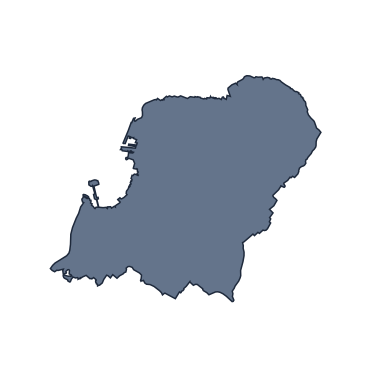 Kota Surabaya, Jawa Timur, Indonesia (Albers equal-area conic projection), rotated 302°
{"feature_id": "22746128B68603538827891", "entity_name": "Kota Surabaya", "entity_type": "district", "adm_level": 2, "iso_a3": "IDN", "parent_name": "Indonesia", "parent_adm1": "Jawa Timur", "projection": "albers", "projection_center": [112.731, -7.274], "detail": "fine", "context": "isolated", "style": "filled", "palette": "slate", "viewbox_px": 384, "rotation_deg": 302, "n_neighbors": 0, "source": "geoboundaries", "source_scale": "gbopen_adm2", "svg_char_len": 6066}
<svg xmlns="http://www.w3.org/2000/svg" viewBox="0 0 384 384"><g transform="rotate(302 192 192)"><path d="M122.5,284.8L124.7,281.7L127.4,280.6L129.2,278.7L132.6,278.8L135.0,278.4L141.2,278.8L144.7,278.3L146.8,277.7L151.2,274.8L160.0,272.1L165.5,269.9L168.6,268.0L171.4,265.2L173.7,263.9L175.9,261.7L177.3,262.5L188.6,266.0L188.1,268.1L192.7,269.3L192.6,271.1L197.3,272.4L197.6,273.7L198.8,275.0L200.8,275.5L207.4,275.1L207.7,273.4L210.9,273.0L211.4,271.4L217.2,271.8L218.4,266.9L223.7,268.7L229.9,268.5L230.6,266.2L230.7,264.4L231.5,262.7L232.1,262.4L239.9,264.3L242.7,264.2L243.4,264.5L244.3,264.2L244.8,267.6L245.2,267.9L246.4,267.8L247.6,265.5L248.4,265.2L252.5,267.0L256.5,267.3L256.5,268.4L258.6,269.0L258.7,271.3L263.4,272.2L266.0,271.7L266.5,271.2L269.2,270.5L271.5,271.3L273.2,272.7L274.4,273.2L276.7,273.3L278.0,272.1L279.9,271.5L281.0,272.2L282.5,271.9L287.8,272.7L290.6,272.4L293.1,273.0L295.6,273.1L297.1,272.6L300.5,270.6L303.1,269.8L310.9,269.7L311.9,266.8L312.2,263.8L316.2,258.8L316.9,257.5L317.7,253.7L319.0,250.0L321.1,247.2L323.1,246.5L325.8,242.6L327.1,241.8L328.5,240.4L329.1,238.0L329.9,237.4L329.9,236.5L330.2,236.1L330.7,236.1L330.9,235.4L330.6,234.3L332.1,232.3L331.9,230.3L332.8,230.0L332.6,227.5L332.1,226.9L331.8,225.4L332.5,222.1L331.9,220.6L332.6,220.1L332.4,214.6L332.7,209.5L333.2,207.4L332.9,205.7L332.0,203.9L331.8,202.1L330.9,199.9L329.9,199.6L329.5,198.7L329.4,198.0L329.9,197.5L329.2,195.3L327.0,192.9L325.2,192.7L326.6,190.8L326.4,190.0L324.4,187.2L323.6,185.1L322.5,184.9L321.7,184.0L321.1,179.6L319.7,176.9L318.4,175.9L317.4,175.4L315.4,175.5L313.8,174.9L309.7,172.5L307.7,172.5L307.1,173.2L307.4,171.3L304.0,169.0L299.2,167.5L297.9,168.2L293.4,173.8L292.5,170.6L288.7,172.0L288.4,169.3L289.0,168.9L289.2,168.1L288.5,167.5L285.9,167.8L285.8,165.3L284.5,164.0L284.1,162.9L284.6,162.7L284.4,162.0L283.3,162.0L283.2,161.3L283.8,161.1L283.5,159.8L282.9,160.0L282.4,157.6L282.8,157.1L281.2,157.3L279.9,154.7L278.7,155.1L278.0,153.0L277.2,152.8L276.2,149.4L276.7,149.0L275.8,146.4L275.5,146.5L275.1,145.9L274.5,144.0L273.7,144.1L271.9,140.0L268.9,138.6L267.5,131.4L265.4,130.1L264.7,129.1L264.0,126.2L262.1,124.7L261.5,121.9L259.6,120.8L259.6,119.6L256.0,118.5L255.6,119.4L255.3,119.4L255.1,118.6L254.1,118.1L254.3,117.6L252.9,116.8L253.1,113.2L251.3,113.0L251.3,112.4L250.3,111.2L242.5,105.7L240.0,105.1L237.1,105.3L235.1,106.2L233.7,107.5L230.6,109.5L228.3,109.8L224.5,107.1L223.3,107.0L221.8,106.2L221.8,105.6L222.5,105.0L224.6,104.5L223.5,103.4L218.9,104.1L218.7,103.6L210.3,105.4L196.9,107.6L196.8,108.2L197.7,109.7L205.6,108.2L206.1,110.0L204.4,110.3L204.6,111.2L204.9,111.6L206.1,111.2L206.4,112.0L206.1,112.1L206.4,112.1L206.6,113.1L207.2,113.7L206.4,114.1L207.0,117.3L203.8,117.8L204.5,119.6L202.4,120.1L199.1,113.0L197.8,113.5L200.8,120.3L199.2,120.8L192.9,108.1L191.8,108.9L190.1,108.9L190.7,110.1L190.0,111.0L192.2,115.8L192.7,115.8L192.5,116.2L192.8,116.5L192.4,116.8L193.0,118.2L194.1,117.8L194.5,118.3L193.7,118.6L194.0,119.1L194.9,119.0L194.1,119.5L194.7,119.4L194.2,119.7L194.7,121.3L193.7,121.1L191.8,117.4L188.2,119.0L187.0,118.9L186.4,117.9L185.8,117.8L185.1,118.1L184.6,118.8L184.7,119.4L185.9,120.1L186.4,119.9L187.1,120.7L188.1,125.1L185.9,128.2L181.0,129.6L180.9,130.0L181.9,132.6L182.5,132.8L182.4,133.6L180.7,134.6L180.4,135.8L179.6,136.0L178.8,135.6L178.0,135.9L177.9,137.5L177.4,137.5L177.2,135.1L176.6,133.6L174.7,133.2L174.4,132.3L171.1,133.2L170.9,134.4L169.6,134.9L169.2,135.0L169.1,134.4L167.3,134.7L167.0,135.6L166.1,136.0L165.6,135.4L164.4,135.6L164.3,136.3L163.2,136.3L163.1,135.6L161.1,136.2L157.9,136.0L155.8,137.0L155.3,138.3L151.3,137.2L149.0,136.0L148.6,135.5L148.9,133.9L147.3,133.4L146.5,133.8L146.3,132.4L145.4,136.4L144.4,136.4L140.7,134.7L139.4,134.4L138.7,134.9L138.8,133.7L135.7,132.3L136.4,130.8L134.7,128.4L133.2,129.0L133.2,128.1L133.7,127.6L131.6,124.9L129.7,121.0L135.2,115.3L136.6,116.2L137.7,115.2L136.8,114.0L145.0,105.7L149.1,108.9L150.2,108.1L151.7,106.0L151.2,105.2L151.3,104.3L150.5,102.8L148.5,101.1L147.6,100.8L146.8,100.0L147.1,99.6L146.5,99.1L145.9,99.1L143.4,100.8L143.3,103.4L144.1,104.4L144.6,104.4L138.9,110.7L137.8,109.8L134.6,112.9L134.7,114.8L135.0,115.0L129.5,120.6L128.2,118.7L126.6,118.6L126.5,118.1L127.4,115.8L127.6,113.8L129.0,113.6L128.9,111.8L130.8,111.2L131.4,110.6L130.8,109.9L132.2,108.4L130.8,106.4L130.9,103.5L130.8,103.1L130.0,102.6L127.6,102.4L126.9,102.9L125.5,104.5L125.6,105.8L120.3,105.5L113.8,107.2L108.4,107.7L98.6,109.5L92.0,111.6L83.2,116.7L77.9,119.2L75.0,120.0L71.5,119.5L59.2,113.5L55.9,112.7L52.0,112.5L51.4,115.0L51.6,117.8L54.0,118.8L54.5,120.0L58.4,123.8L56.8,124.1L54.2,126.3L56.2,128.2L56.9,128.3L57.5,127.3L57.9,127.2L60.2,127.8L60.9,128.7L60.5,129.7L57.5,131.2L57.6,133.7L57.1,134.5L56.1,133.8L55.8,132.6L55.0,131.8L53.5,126.8L52.6,127.2L51.5,128.6L51.3,129.7L51.6,133.0L50.8,133.8L50.8,135.8L51.4,136.4L54.3,135.9L56.8,136.2L57.4,138.9L58.7,140.2L58.6,140.9L57.6,141.6L58.9,142.3L59.0,143.0L59.4,143.1L59.5,142.6L60.4,143.0L60.5,143.6L62.0,144.2L65.2,146.4L64.4,151.4L65.0,152.1L65.1,152.8L65.6,153.0L65.6,153.3L67.3,153.9L66.8,157.0L66.3,157.0L66.1,157.6L65.3,157.5L64.5,158.1L63.8,159.8L63.5,159.7L63.4,160.8L62.3,161.7L63.7,162.5L64.0,163.0L67.3,164.1L71.0,163.5L76.2,163.7L76.5,165.1L75.9,168.3L79.9,168.6L79.1,174.1L82.6,175.0L86.1,177.0L87.8,177.3L89.1,178.3L91.7,177.4L92.5,176.5L94.8,177.2L95.9,178.7L96.4,181.3L95.2,183.7L95.5,190.4L94.8,193.2L91.8,194.7L89.8,195.2L89.3,196.0L90.2,196.3L90.3,196.9L91.3,197.7L89.8,200.2L89.7,202.3L91.3,205.5L91.8,209.9L91.1,216.8L90.4,219.5L89.1,221.5L91.5,222.3L91.9,222.8L92.7,234.4L100.6,234.3L100.5,235.8L101.1,236.0L102.2,235.7L103.4,236.5L105.0,236.8L105.8,236.2L109.0,237.1L114.9,237.7L114.5,238.1L113.6,242.6L115.5,243.8L116.4,245.4L115.6,252.4L114.9,252.9L114.4,254.0L114.5,257.9L113.8,260.8L119.7,264.9L121.0,266.7L121.8,268.9L122.1,272.2L121.8,276.3L120.3,284.1L121.1,284.9L122.5,284.8ZM133.0,106.9L133.3,105.6L133.1,103.0L132.5,101.4L132.0,101.1L130.4,102.2L131.4,103.3L131.5,106.6L132.1,107.0L133.0,106.9Z" fill="#64748b" stroke="#1e293b" stroke-width="1.5"/></g></svg>